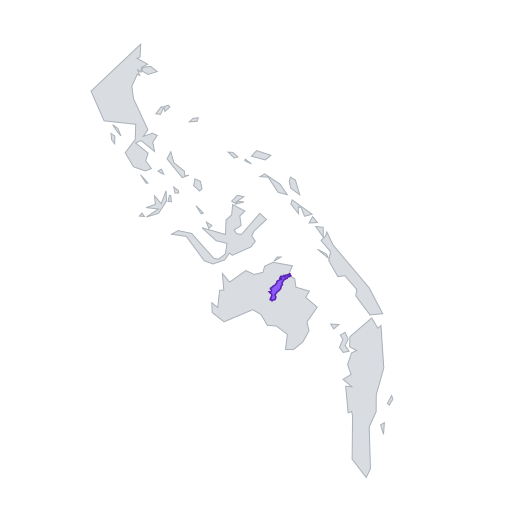 Kapuas, Kalimantan Tengah, Indonesia (highlighted), rotated 224°
{"feature_id": "22746128B40136746216216", "entity_name": "Kapuas", "entity_type": "district", "adm_level": 2, "iso_a3": "IDN", "parent_name": "Indonesia", "parent_adm1": "Kalimantan Tengah", "projection": "orthographic", "projection_center": [114.299, -1.918], "detail": "fine", "context": "in_parent", "style": "filled", "palette": "violet", "viewbox_px": 512, "rotation_deg": 224, "n_neighbors": 0, "source": "geoboundaries", "source_scale": "gbopen_adm2", "svg_char_len": 7016}
<svg xmlns="http://www.w3.org/2000/svg" viewBox="0 0 512 512"><g transform="rotate(224 256 256)"><path d="M169.8,209.2L179.0,221.4L192.7,219.8L199.7,214.0L211.7,217.4L221.1,215.1L233.3,186.4L248.2,184.9L255.3,191.7L247.8,192.4L258.4,206.1L255.5,209.1L268.1,220.1L256.8,218.9L253.2,238.5L244.5,241.4L239.6,249.2L242.7,254.6L239.4,263.3L223.0,274.3L219.3,264.4L212.6,266.7L205.6,261.3L193.2,267.8L191.5,260.8L176.4,261.7L173.5,243.9L165.9,239.0L162.6,226.7L164.0,214.8L169.8,209.2ZM22.8,173.2L45.8,176.7L75.4,208.0L79.1,210.5L80.8,207.2L101.1,224.7L96.1,228.5L107.7,227.7L105.3,236.8L114.8,241.6L119.9,252.7L117.9,258.0L125.6,255.7L132.4,263.3L129.7,291.8L118.2,288.7L117.8,292.8L86.3,264.2L73.1,239.7L61.4,227.4L55.8,211.6L26.0,182.6L22.8,173.2ZM489.2,260.0L486.1,328.3L477.6,318.5L478.9,315.6L467.1,318.7L469.4,312.0L466.4,308.4L467.5,307.9L469.4,308.2L470.5,307.8L465.1,305.1L467.7,304.3L463.2,291.8L453.3,284.0L421.4,271.7L420.2,263.7L415.7,272.5L410.8,274.1L409.3,266.1L401.6,260.7L418.9,259.2L421.2,253.7L405.1,255.0L401.4,247.8L392.0,246.2L394.7,240.3L406.1,235.1L421.8,239.4L423.8,255.9L434.0,267.2L459.2,247.7L489.2,260.0ZM329.6,220.3L317.9,227.5L284.8,225.0L280.7,227.7L279.4,236.3L285.7,244.9L295.2,239.3L314.5,238.8L292.9,250.3L302.6,261.2L302.1,268.7L308.5,276.8L295.1,280.6L295.5,273.6L287.9,267.6L289.7,259.5L285.5,258.6L281.4,261.5L282.9,289.3L273.8,289.5L274.7,272.9L273.1,267.4L266.8,266.2L265.9,259.1L273.6,240.0L277.1,239.6L275.8,231.4L281.5,220.3L290.0,216.6L319.7,221.7L331.9,213.0L329.6,220.3ZM133.1,292.8L156.5,296.6L160.2,301.9L178.4,303.5L182.7,298.0L200.5,303.2L205.4,310.9L220.0,312.3L219.8,318.7L221.8,322.5L208.0,317.4L152.5,311.7L124.8,302.5L133.1,292.8ZM358.9,222.0L368.6,214.5L364.3,223.3L370.8,228.8L360.5,227.8L366.0,240.4L358.5,233.5L355.8,218.9L361.9,207.9L358.9,222.0ZM363.5,261.1L387.5,264.1L389.7,271.8L380.1,266.1L366.6,267.3L362.8,264.2L360.4,267.7L363.5,261.1ZM306.8,321.1L288.7,324.4L276.1,321.8L284.4,317.1L302.0,321.2L308.3,315.8L306.8,321.1ZM254.8,316.0L267.0,317.6L269.0,321.5L244.7,325.0L248.7,318.3L257.0,322.1L259.8,320.7L254.8,316.0ZM328.6,324.6L328.8,332.2L315.2,338.8L316.0,331.6L328.6,324.6ZM132.4,248.2L135.7,256.5L140.4,257.6L138.9,262.9L131.9,260.3L129.7,253.6L122.9,252.1L126.3,247.2L132.4,248.2ZM463.7,319.1L455.2,320.1L459.8,311.6L466.5,309.9L468.4,313.1L463.7,319.1ZM278.1,328.9L283.6,332.5L286.1,336.6L280.4,338.0L267.1,330.4L278.1,328.9ZM349.8,263.4L353.5,269.1L347.9,271.1L341.5,266.8L341.8,263.5L349.8,263.4ZM220.6,316.2L233.5,318.7L227.6,323.3L220.6,316.2ZM240.7,316.6L242.6,323.7L235.1,322.7L240.7,316.6ZM155.0,258.9L148.8,264.3L149.3,257.5L155.0,258.9ZM426.8,288.7L427.9,297.8L425.2,298.2L423.1,291.6L426.8,288.7ZM216.5,303.6L206.6,306.3L202.4,304.7L216.5,303.6ZM311.6,278.5L311.6,286.7L305.9,290.2L308.2,279.2L311.6,278.5ZM40.4,216.3L49.0,221.0L47.9,225.3L40.4,216.3ZM61.5,249.8L58.1,248.1L56.5,241.4L59.1,241.2L61.5,249.8ZM393.6,315.3L391.9,312.0L397.2,306.1L396.8,311.4L393.6,315.3ZM385.7,232.0L395.5,234.3L384.4,233.4L385.7,232.0ZM324.7,248.2L334.0,250.5L323.8,250.3L324.7,248.2ZM307.2,282.5L302.2,286.5L306.7,279.2L307.2,282.5ZM435.7,238.6L440.7,239.4L445.4,243.4L440.9,244.2L435.7,238.6ZM348.2,311.4L344.7,314.4L337.9,314.7L339.8,311.3L348.2,311.4ZM426.1,299.4L423.8,303.6L421.5,303.4L422.0,296.7L426.1,299.4ZM363.1,248.5L357.1,249.1L355.4,247.6L358.0,245.0L363.1,248.5ZM436.5,248.5L443.6,249.3L450.3,250.9L443.9,251.8L436.5,248.5ZM309.1,243.1L315.3,245.9L308.9,247.3L309.1,243.1ZM367.9,207.7L363.7,206.9L367.6,203.7L367.9,207.7ZM323.2,319.1L330.2,316.7L331.0,318.2L323.2,319.1ZM385.5,249.0L384.4,252.7L379.2,250.8L381.8,249.7L385.5,249.0ZM240.0,270.0L237.3,272.6L239.5,264.6L240.0,270.0ZM357.2,234.3L360.4,239.5L359.2,240.2L354.5,236.2L357.2,234.3Z" fill="#d9dde1" stroke="#a8b0b8" stroke-width="1"/><path d="M224.0,258.0L223.7,257.7L223.4,257.6L223.2,257.5L223.1,257.4L223.2,257.2L223.3,257.1L223.4,256.9L223.5,256.9L223.5,256.7L223.5,256.4L223.3,256.3L223.1,256.5L222.6,257.3L222.3,257.2L222.2,257.2L222.0,257.3L221.8,257.3L221.5,257.2L221.7,256.8L222.9,253.9L223.2,253.0L223.3,252.6L223.2,252.5L223.2,252.2L223.1,251.9L223.0,251.7L222.8,251.5L222.4,251.2L222.2,250.9L222.2,250.5L222.2,250.3L222.3,249.6L222.4,249.2L222.2,248.7L222.0,248.3L222.0,248.1L222.2,247.7L222.4,247.4L222.6,247.0L222.8,246.4L222.7,245.7L222.7,245.4L222.7,245.2L222.8,245.0L222.7,244.3L222.9,244.0L222.9,243.8L223.1,243.6L223.1,243.1L223.2,242.8L223.2,242.7L222.8,242.4L222.6,242.3L222.3,242.3L221.7,242.4L221.4,242.4L221.0,242.1L220.8,241.8L220.5,241.3L220.5,240.8L220.6,240.7L221.0,240.0L221.4,239.7L221.7,239.4L221.1,239.3L220.5,239.2L220.2,239.2L219.8,239.2L219.5,239.2L219.3,239.3L219.1,239.4L218.9,239.4L218.5,239.5L218.3,239.5L218.1,239.4L217.8,239.1L217.6,238.9L217.4,238.8L217.1,238.6L217.0,238.4L217.0,238.2L216.9,237.8L216.8,237.6L216.8,237.4L216.5,236.9L216.5,236.7L216.4,236.6L216.4,236.2L216.3,235.9L216.0,235.5L215.8,234.8L215.6,234.4L215.4,234.3L215.1,234.5L214.9,234.7L215.0,235.2L214.9,235.3L214.7,235.3L214.5,235.2L213.9,235.2L213.6,235.0L213.3,234.9L213.3,235.0L213.3,235.4L213.2,235.5L213.1,236.1L213.0,236.6L212.9,236.7L212.6,237.1L212.4,237.4L212.2,237.5L212.1,237.9L212.0,238.2L212.1,238.3L212.3,238.5L212.8,239.7L212.9,239.9L213.2,240.3L213.4,240.3L213.8,240.5L214.1,240.7L214.3,240.7L215.0,240.9L215.4,241.4L215.5,241.6L215.4,241.8L215.4,242.1L215.5,242.5L215.5,242.8L215.6,243.0L215.7,243.3L215.7,243.6L215.7,243.9L215.7,244.1L215.7,244.3L215.7,244.7L215.7,245.2L215.8,245.9L215.6,246.3L215.4,246.6L215.5,246.8L215.6,247.0L215.6,247.4L215.5,247.8L215.4,247.9L215.4,248.0L215.5,248.2L215.5,248.4L215.5,248.8L215.6,249.3L215.7,249.7L215.9,250.1L215.9,250.4L216.0,250.6L216.2,250.8L216.5,251.1L216.9,251.4L217.1,251.9L217.1,252.1L217.1,252.5L217.0,253.1L217.1,253.7L217.2,253.9L217.4,254.0L217.8,254.2L218.0,254.3L218.4,254.5L218.6,254.9L218.8,256.0L218.9,256.4L219.0,256.6L219.0,256.9L219.2,258.1L219.2,258.4L219.2,258.5L219.2,259.0L219.3,259.1L219.4,259.3L219.2,259.5L218.9,259.7L218.7,259.8L218.7,260.0L218.8,260.1L218.7,260.3L218.5,261.0L218.1,261.5L218.7,262.4L218.4,263.1L218.3,263.5L218.1,263.9L218.1,264.0L217.9,263.9L217.7,264.2L217.6,264.8L217.1,266.0L217.3,266.0L217.5,266.0L217.9,266.0L218.0,265.9L218.3,265.8L218.5,265.9L218.4,266.0L218.6,266.3L218.7,266.5L218.8,266.6L219.0,266.7L219.1,266.8L219.3,266.8L219.4,266.6L219.4,266.4L219.5,266.0L219.4,265.8L219.5,265.7L219.4,265.6L219.5,265.4L219.7,265.0L220.0,264.7L220.3,264.5L220.4,264.2L220.3,263.9L220.2,264.0L220.2,263.9L220.3,263.8L220.4,263.7L220.5,263.6L220.7,263.3L220.8,263.3L221.0,263.1L221.2,262.9L221.2,262.7L221.3,262.8L221.4,262.7L221.3,262.4L221.2,262.3L221.3,262.2L221.2,262.1L221.3,261.6L221.4,261.4L221.5,261.4L221.2,261.2L221.4,261.2L221.6,260.7L221.8,260.6L222.0,260.8L222.2,260.7L222.1,260.4L222.0,260.2L222.3,259.9L222.5,259.9L222.8,259.8L222.8,259.7L222.8,259.4L222.8,259.2L223.0,259.2L223.3,259.2L223.5,259.1L223.7,258.9L223.8,258.9L223.8,258.7L224.0,258.7L224.0,258.4L224.0,258.1L224.0,258.0Z" fill="#8b5cf6" stroke="#5b21b6" stroke-width="1.5"/></g></svg>